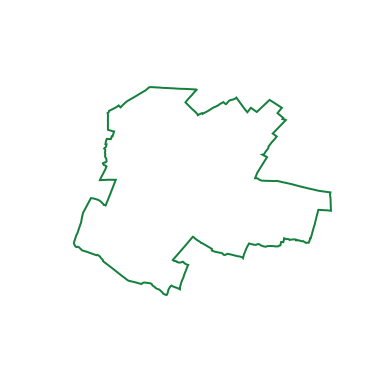 outline of Cucuteni, Iasi, Romania, rotated 318°
{"feature_id": "2599482B58043741018899", "entity_name": "Cucuteni", "entity_type": "district", "adm_level": 2, "iso_a3": "ROU", "parent_name": "Romania", "parent_adm1": "Iasi", "projection": "robinson", "projection_center": [26.926, 47.277], "detail": "fine", "context": "isolated", "style": "outline", "palette": "green", "viewbox_px": 384, "rotation_deg": 318, "n_neighbors": 0, "source": "geoboundaries", "source_scale": "gbopen_adm2", "svg_char_len": 5133}
<svg xmlns="http://www.w3.org/2000/svg" viewBox="0 0 384 384"><g transform="rotate(318 192 192)"><path d="M101.0,133.2L98.4,134.1L97.1,134.6L95.3,135.8L92.7,137.7L89.2,140.4L81.1,144.9L78.7,146.3L77.7,146.4L70.2,150.7L69.7,151.5L68.9,154.6L69.5,155.9L70.4,156.1L71.0,157.4L71.3,161.9L73.9,166.2L78.7,175.1L79.7,175.4L80.5,178.5L80.1,179.9L80.2,181.4L80.3,182.8L79.6,184.1L81.0,191.4L82.2,198.1L83.6,206.3L84.2,209.5L85.2,214.7L85.7,215.8L88.8,220.2L91.2,223.9L92.8,226.5L94.0,226.7L94.8,226.6L96.1,227.5L97.4,228.9L98.9,230.8L99.6,231.4L100.5,233.3L100.1,234.7L100.7,237.6L100.7,238.7L101.3,240.8L102.4,242.6L102.8,246.6L102.6,248.5L104.0,251.5L104.7,251.5L106.2,250.8L108.3,249.5L108.9,248.9L111.8,247.9L113.3,247.7L114.0,247.7L114.6,249.3L115.8,251.7L117.0,253.8L117.9,256.2L119.4,254.7L120.6,253.9L123.1,252.3L124.9,251.3L128.5,249.7L131.3,248.0L132.6,247.4L140.3,243.6L140.0,243.3L139.4,241.9L139.0,240.8L138.7,240.0L138.7,239.5L138.8,238.6L138.6,237.7L138.2,237.5L137.1,237.1L135.8,236.4L135.3,235.9L134.7,235.3L134.4,234.2L134.2,234.2L133.9,233.8L133.9,233.3L133.8,232.6L133.6,232.3L133.2,232.1L132.6,231.3L132.2,229.7L150.2,227.5L162.6,225.8L163.0,226.8L163.1,227.4L163.1,228.6L163.6,231.0L164.7,234.9L164.7,235.9L165.2,236.5L168.2,245.9L168.6,247.2L168.7,247.6L168.6,247.8L167.8,248.3L167.7,248.5L167.6,248.8L168.3,250.2L168.9,251.4L171.6,255.2L173.0,256.9L173.5,257.8L173.5,258.7L173.5,259.7L173.7,260.2L174.2,260.7L174.7,261.0L175.8,261.3L176.6,261.5L177.2,261.9L177.6,262.5L178.9,264.2L180.7,266.9L182.4,269.5L184.3,271.9L185.6,273.9L185.8,274.2L185.7,274.6L185.6,275.1L185.6,275.3L188.5,273.4L189.6,272.8L191.1,272.1L193.4,270.9L195.9,269.8L199.9,268.4L201.6,270.9L202.3,272.1L203.7,273.6L204.1,274.1L205.8,274.6L206.8,275.5L207.1,276.3L207.4,277.0L207.4,277.7L208.5,279.8L209.7,281.5L210.5,282.2L211.2,282.4L212.0,282.8L213.9,284.4L216.9,287.3L217.0,287.6L217.5,288.2L218.9,289.4L220.0,290.2L220.6,290.0L222.0,290.8L224.8,288.8L226.3,290.4L228.3,289.0L229.5,288.0L230.6,290.2L232.1,291.4L232.4,292.0L232.4,292.9L233.9,293.8L236.9,296.1L236.9,297.6L237.9,297.6L238.4,299.0L239.4,299.8L239.9,301.0L240.6,302.1L241.1,302.5L241.7,302.8L242.7,306.1L244.1,307.0L244.8,307.8L247.9,306.2L248.3,305.7L248.8,305.3L249.1,305.5L249.3,305.8L253.0,303.5L255.4,301.9L258.1,300.2L261.8,298.0L264.5,296.1L268.8,293.2L272.9,290.5L273.9,289.8L274.9,290.8L279.2,295.1L280.1,296.0L282.7,298.9L290.6,289.5L293.0,286.1L294.6,284.9L291.7,281.5L290.4,280.0L288.1,277.2L286.6,275.4L285.0,273.0L282.6,269.6L280.6,266.8L276.3,260.5L271.8,253.6L268.8,249.3L266.0,245.5L262.6,240.6L259.9,238.5L259.1,237.6L256.4,235.0L253.3,232.1L251.8,230.6L251.1,229.6L250.4,228.2L250.1,227.0L249.9,226.3L249.8,225.7L249.5,225.3L249.2,225.0L248.8,224.7L248.1,224.0L253.1,221.5L258.5,219.9L263.3,218.5L271.1,216.3L269.3,211.3L270.5,211.9L271.7,211.9L273.6,211.3L278.3,210.4L279.2,209.4L284.1,208.5L287.0,208.2L289.9,207.9L290.7,207.6L292.1,207.4L291.1,202.6L309.9,201.3L309.7,200.7L309.3,200.4L308.8,199.2L308.0,198.4L308.5,198.2L309.4,198.1L308.3,190.6L310.7,190.2L315.1,189.6L314.2,186.1L311.3,175.5L310.4,175.5L298.0,175.8L293.7,175.9L293.0,173.0L292.1,168.8L291.9,168.8L286.5,169.8L286.6,166.1L287.6,156.6L288.1,151.5L287.2,151.5L286.1,151.4L284.2,150.6L283.1,150.1L282.9,149.8L282.2,149.5L280.7,149.0L277.9,149.3L276.1,149.5L275.7,148.6L275.6,148.4L275.5,146.2L274.5,146.0L272.5,145.5L270.2,145.1L268.5,145.0L268.2,144.7L266.3,144.3L265.1,143.7L258.2,142.5L254.6,141.6L252.1,141.0L252.3,140.1L249.2,139.1L247.7,138.8L248.1,137.4L248.1,135.8L248.1,134.8L247.9,133.1L247.6,130.4L247.4,127.0L247.1,121.0L250.1,120.5L252.8,120.2L257.5,119.8L261.2,119.3L262.4,119.2L263.7,119.2L263.9,119.1L263.7,118.6L262.9,117.8L261.6,116.5L259.7,114.6L257.8,112.7L255.8,110.7L254.2,109.2L252.1,107.2L250.4,105.5L248.2,103.2L242.9,97.9L240.8,95.9L238.9,93.9L237.4,92.3L235.4,90.3L231.8,86.7L230.9,85.9L230.2,85.5L229.9,85.6L229.7,85.5L225.6,85.4L220.2,84.3L212.9,82.9L207.8,81.8L204.3,81.1L203.2,81.0L201.2,81.0L198.7,81.1L195.5,81.3L195.4,78.6L194.6,78.6L192.6,78.3L190.3,77.8L184.7,76.2L184.4,76.5L183.1,77.1L182.6,76.9L182.2,76.8L181.5,77.8L180.7,79.2L180.1,79.6L177.4,82.5L176.0,84.2L173.4,87.0L171.2,89.5L171.5,90.2L173.0,92.5L173.6,93.6L174.6,94.9L170.1,97.5L169.6,96.9L167.0,98.4L164.2,95.5L163.2,96.1L162.3,96.5L159.7,98.5L160.4,99.4L158.3,100.9L157.4,100.9L156.7,100.8L155.8,100.9L155.8,101.2L155.9,101.7L155.9,102.2L155.8,102.5L155.5,103.0L155.1,103.3L154.7,103.7L153.7,104.3L153.4,104.7L153.2,105.2L152.8,106.0L152.4,106.3L152.1,106.6L151.8,106.7L151.5,107.0L151.4,107.3L151.0,108.0L150.8,108.4L150.7,109.5L150.5,110.0L150.0,110.8L149.2,111.8L148.9,112.1L148.1,112.2L147.4,112.1L147.2,112.0L147.0,111.7L146.8,111.5L146.1,111.4L145.3,111.0L145.0,111.0L144.6,112.3L144.6,113.0L145.3,114.3L145.6,115.8L144.0,116.4L143.3,116.9L142.5,117.3L140.8,117.9L133.5,120.6L131.5,121.6L133.5,123.2L136.7,125.8L138.2,127.0L140.1,128.8L142.1,130.7L143.5,131.9L136.6,135.4L130.1,138.7L118.8,144.2L118.4,143.2L117.8,142.6L118.1,141.8L117.9,140.6L117.9,138.7L117.4,136.0L116.6,134.3L114.5,130.9L112.8,128.9L103.7,132.2L101.0,133.2Z" fill="none" stroke="#15803d" stroke-width="2"/></g></svg>